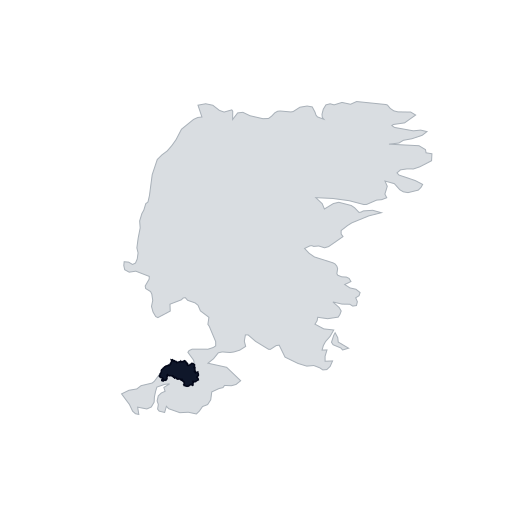 location of Lifford-Stranorlar Lea-6, Donegal, Ireland, rotated 202°
{"feature_id": "5873133B69749427395931", "entity_name": "Lifford-Stranorlar Lea-6", "entity_type": "district", "adm_level": 2, "iso_a3": "IRL", "parent_name": "Ireland", "parent_adm1": "Donegal", "projection": "mercator", "projection_center": [-7.813, 54.836], "detail": "fine", "context": "in_parent", "style": "filled", "palette": "ink", "viewbox_px": 512, "rotation_deg": 202, "n_neighbors": 0, "source": "geoboundaries", "source_scale": "gbopen_adm2", "svg_char_len": 8469}
<svg xmlns="http://www.w3.org/2000/svg" viewBox="0 0 512 512"><g transform="rotate(202 256 256)"><path d="M314.0,92.7L304.7,99.3L303.3,101.8L300.7,111.8L300.4,114.7L294.6,125.8L291.3,128.0L286.4,129.8L283.6,131.6L280.1,130.7L275.7,130.8L273.5,132.8L273.6,134.3L274.9,136.1L283.1,141.2L282.6,143.3L280.3,145.7L265.6,151.6L261.3,155.2L259.7,157.6L261.3,161.5L273.0,173.3L275.0,174.6L276.7,181.5L287.0,184.3L291.3,188.6L294.9,189.7L302.8,189.3L306.0,190.9L307.8,189.7L308.8,187.4L317.7,179.1L314.9,172.8L323.9,162.1L326.3,162.3L330.5,165.5L334.0,170.1L335.1,176.1L338.3,181.6L340.4,183.5L346.1,184.5L347.5,186.7L346.4,194.5L347.3,197.1L361.8,196.9L367.5,193.5L372.6,194.1L375.0,197.6L376.1,201.3L371.8,202.6L367.3,201.9L365.1,204.3L365.0,208.8L366.5,214.7L369.5,218.9L371.9,228.2L373.9,238.6L377.0,244.9L377.7,252.6L377.2,256.4L377.8,263.2L376.4,265.6L377.4,272.0L382.7,292.5L383.7,308.5L381.1,314.5L377.7,320.1L375.4,326.8L373.7,334.0L372.6,345.6L365.1,359.2L361.9,362.6L358.2,364.6L366.3,374.1L359.7,378.3L352.5,379.6L344.5,377.3L339.5,377.5L333.2,382.4L331.8,381.5L328.8,373.8L326.6,381.8L322.0,384.3L314.1,383.8L301.0,385.9L295.9,388.2L293.8,391.7L292.2,395.8L290.2,398.3L287.9,399.5L277.7,402.6L275.7,403.8L271.0,410.4L264.8,414.2L259.7,415.3L255.2,411.5L253.3,409.2L251.2,408.0L244.3,408.2L246.5,409.4L247.9,412.1L248.6,417.3L247.8,422.3L244.3,424.9L240.2,425.4L233.8,430.6L225.2,432.1L220.6,436.9L192.3,445.1L190.7,445.2L186.8,443.1L182.6,442.2L178.4,442.8L166.5,447.4L160.8,446.5L168.1,435.1L177.9,429.4L178.9,427.8L175.7,427.1L157.0,431.0L150.5,434.4L144.1,435.4L147.1,430.2L155.4,423.1L162.7,418.5L165.8,414.3L174.6,409.5L146.2,419.3L138.7,418.1L137.0,415.4L131.2,416.7L128.9,410.1L137.6,400.0L142.6,395.7L148.5,393.4L154.3,390.0L156.4,385.9L153.7,384.6L136.5,385.6L128.3,384.8L128.7,381.5L130.2,377.9L138.8,371.7L143.4,370.7L147.5,371.3L154.8,374.9L164.5,373.8L160.4,369.8L159.7,361.7L156.6,359.0L160.6,355.3L165.1,353.0L172.7,345.3L175.3,344.1L190.3,342.2L206.4,338.1L222.4,332.5L214.2,329.3L210.2,325.2L203.9,333.6L199.4,336.8L186.6,338.5L182.5,337.6L176.8,335.0L175.1,336.0L173.4,338.0L164.9,342.1L156.0,343.1L166.4,335.5L179.5,322.7L182.5,318.6L186.6,311.5L185.3,308.3L182.6,306.6L192.2,291.9L195.5,289.3L201.6,288.8L206.1,286.5L208.1,286.5L209.8,285.6L213.8,281.2L207.7,278.4L201.5,277.0L182.1,278.5L179.6,278.2L177.2,276.8L175.6,274.9L174.4,269.9L173.0,268.8L168.7,268.8L164.4,270.3L161.3,270.1L158.4,267.9L163.1,262.8L157.0,261.6L150.9,262.6L145.8,261.1L145.6,257.8L147.9,254.6L144.9,251.6L144.3,247.7L147.5,245.8L151.0,246.4L158.3,243.6L167.5,242.2L159.6,239.4L156.4,236.9L156.3,233.2L156.9,230.1L166.1,224.7L175.8,222.3L175.1,218.8L175.8,214.9L165.9,213.8L156.2,216.5L157.2,209.2L159.5,202.6L160.0,198.2L159.5,193.5L155.0,195.5L154.4,188.9L152.5,184.3L145.7,187.4L145.9,181.4L147.8,177.2L151.4,175.4L154.9,176.2L161.4,176.1L167.7,172.9L176.8,172.1L191.2,173.1L201.1,182.0L203.7,180.5L207.7,174.8L209.5,174.2L224.5,176.7L233.8,179.9L236.3,178.9L234.9,172.6L231.7,168.3L235.8,162.6L240.6,158.7L243.9,156.8L251.4,154.4L254.7,152.1L256.9,144.8L260.4,138.6L241.5,141.8L223.5,134.6L226.4,129.4L230.2,126.5L236.7,124.2L237.3,121.6L240.6,119.3L246.1,113.4L244.1,105.7L245.2,100.1L249.2,96.4L250.4,91.1L252.1,87.2L260.2,85.8L267.9,82.2L279.8,81.7L282.8,83.1L282.1,76.7L287.7,75.9L289.9,77.2L290.9,81.7L293.4,84.6L294.2,89.7L292.5,93.5L289.6,96.5L292.2,99.6L288.2,105.1L292.6,102.8L298.8,97.3L298.4,92.9L297.4,87.3L295.7,82.3L296.5,76.8L299.9,73.3L309.1,71.5L305.3,65.2L308.7,64.6L312.3,65.9L317.7,70.9L329.0,77.8L323.5,83.9L316.7,88.1L314.0,92.7ZM154.2,211.6L153.9,214.5L149.6,210.9L147.5,207.0L135.6,205.2L140.5,201.3L142.9,202.5L151.3,202.6L153.7,204.3L154.2,211.6Z" fill="#d9dde1" stroke="#a8b0b8" stroke-width="1"/><path d="M293.4,106.8L293.3,107.4L293.3,107.7L293.0,108.0L292.8,107.9L292.8,108.0L292.6,108.5L292.7,108.8L292.6,109.0L293.1,109.6L293.1,110.0L293.2,111.4L293.2,111.7L293.7,111.8L293.8,112.0L293.8,112.6L293.7,112.8L293.4,112.5L293.1,112.5L292.9,112.6L292.6,112.6L291.7,112.4L291.4,112.5L291.0,112.8L290.5,113.1L290.2,113.2L289.8,113.1L289.6,113.3L289.2,113.3L289.0,113.5L288.8,113.5L288.5,113.9L288.0,113.8L287.9,113.1L287.7,113.1L287.0,112.7L286.7,112.9L286.3,113.1L286.0,112.7L285.7,113.2L285.2,113.3L285.2,112.9L285.2,112.7L284.4,113.3L284.2,113.2L283.5,112.5L282.8,112.5L282.7,112.4L282.5,112.5L282.3,112.8L282.2,112.7L281.8,112.8L281.8,113.0L281.6,113.1L280.9,113.2L280.7,113.4L279.9,113.5L279.5,113.2L279.1,113.5L278.9,113.6L278.8,113.8L278.3,114.0L278.1,113.7L277.9,113.6L277.8,113.4L277.9,113.2L278.1,112.9L277.5,112.9L277.3,112.7L277.1,112.7L276.9,112.6L276.6,112.5L276.3,112.6L276.2,112.4L275.8,112.3L275.6,112.1L275.4,112.1L275.3,111.7L275.1,111.6L274.7,110.9L274.7,110.6L274.8,110.5L274.8,110.3L274.7,110.1L274.4,110.1L274.3,109.9L274.3,109.5L274.2,109.3L274.3,108.8L274.5,108.7L274.1,108.9L274.2,109.0L273.9,109.0L273.7,109.2L273.6,109.4L273.2,109.4L273.2,109.2L272.8,109.2L272.4,109.2L272.2,109.1L271.7,109.3L271.3,109.3L271.1,109.3L270.6,109.7L270.5,109.8L270.4,109.9L270.0,110.0L269.8,110.1L269.7,110.3L269.5,110.5L269.5,110.8L269.5,111.0L269.4,111.1L269.2,111.3L269.1,111.5L269.0,111.9L268.9,112.0L268.4,112.2L268.2,112.2L267.1,112.5L266.2,112.3L266.1,112.5L266.1,112.8L266.3,112.9L266.3,113.0L266.5,113.0L266.8,113.2L266.8,113.3L266.7,113.2L266.7,113.4L266.8,113.3L266.9,113.5L267.0,113.7L267.2,113.8L267.0,114.1L266.8,114.2L266.9,114.6L266.9,114.8L266.8,115.0L267.0,115.1L267.0,115.3L267.7,115.9L267.8,116.1L266.8,116.5L266.1,116.3L266.0,116.2L265.8,116.3L265.7,116.3L265.4,116.1L265.5,116.2L265.4,116.4L265.3,116.6L265.2,116.7L265.0,116.9L265.1,117.0L265.0,117.3L264.8,117.6L264.6,117.8L264.4,117.9L264.4,118.0L264.2,118.4L264.0,118.5L263.9,118.6L263.6,119.0L263.1,119.5L263.3,119.7L263.3,119.9L263.6,120.1L263.7,120.5L264.0,120.7L264.0,120.8L264.3,120.9L264.7,121.1L265.0,121.2L265.3,121.3L265.2,121.7L265.4,122.2L265.3,122.3L265.3,122.5L265.1,122.8L265.0,123.0L264.8,123.1L264.7,123.3L264.7,123.5L264.8,123.5L264.9,123.9L264.9,124.3L265.0,124.5L265.2,124.9L265.4,125.1L265.5,125.3L265.9,125.8L266.3,125.8L266.5,126.3L266.6,126.6L267.1,126.1L267.6,125.7L268.0,125.4L268.0,125.2L268.3,124.9L268.6,125.2L269.3,125.4L269.3,125.5L268.7,125.9L268.8,126.0L269.0,126.3L269.5,126.3L269.3,126.5L269.6,126.8L269.8,127.2L270.5,128.5L270.6,128.8L270.8,128.6L270.9,128.8L271.7,129.4L271.8,129.6L271.7,129.7L271.5,129.9L271.5,130.2L271.4,130.2L271.7,130.5L271.9,131.1L272.0,131.3L272.1,131.7L272.3,132.2L272.6,132.2L272.9,132.3L273.4,132.6L273.6,132.5L273.6,132.3L273.8,132.3L274.0,132.4L274.4,132.6L274.5,132.5L274.5,132.4L275.1,132.3L275.3,132.4L276.7,129.9L276.9,129.8L277.1,129.7L277.6,129.3L277.6,129.1L277.8,129.0L278.3,129.1L278.5,129.0L278.9,129.2L279.0,129.4L279.0,129.7L279.1,129.8L279.2,130.0L279.3,130.1L279.2,130.2L279.5,130.4L279.5,130.6L279.7,130.8L279.8,130.7L279.9,130.8L280.2,130.6L280.4,130.7L280.6,130.7L280.7,130.8L281.1,130.9L281.2,131.0L281.2,131.3L281.3,131.4L281.2,131.5L281.5,131.8L281.7,131.7L282.1,131.9L282.3,132.0L282.6,131.9L282.5,132.1L282.9,132.2L283.1,132.2L283.3,132.0L283.3,131.7L283.5,131.4L283.7,131.2L283.7,130.9L284.2,130.8L285.1,130.0L285.7,130.1L286.0,130.2L285.9,130.0L286.5,129.6L287.1,129.5L287.2,129.3L287.5,129.0L289.5,127.4L290.5,128.1L290.6,128.3L291.0,128.2L291.3,128.2L291.6,128.0L292.3,128.2L292.4,127.6L292.9,127.5L293.0,127.6L292.9,128.3L293.4,128.2L293.7,128.2L293.9,128.1L294.1,128.1L294.3,128.2L294.4,128.4L294.6,128.6L295.0,128.3L295.0,128.2L295.3,127.9L295.5,127.9L295.4,127.8L295.2,127.4L294.7,127.0L294.7,126.8L294.8,126.4L294.8,126.0L294.7,125.9L294.8,125.7L294.7,125.3L294.7,125.1L294.9,124.8L294.9,124.7L295.0,124.6L294.9,124.4L295.0,124.3L294.9,124.1L294.9,123.9L294.8,123.7L294.7,123.7L294.8,123.2L295.1,122.9L295.1,122.7L295.2,122.4L295.5,122.3L295.9,122.2L295.8,121.7L296.5,121.7L297.4,120.7L297.8,120.6L298.4,120.1L298.6,119.7L298.6,119.3L299.2,119.0L299.3,118.8L299.3,118.5L299.8,117.4L299.8,117.1L300.1,117.0L300.1,116.7L300.1,116.4L300.4,116.0L300.8,115.4L300.9,114.8L300.9,114.4L300.7,113.8L300.3,113.0L300.3,112.5L300.3,112.1L300.7,111.2L300.6,110.3L300.5,109.2L300.6,108.8L300.7,108.6L300.5,108.2L300.3,108.1L300.1,108.0L299.9,108.0L299.7,107.9L299.2,107.9L298.6,107.8L298.4,107.6L297.6,107.8L297.2,108.0L296.6,107.7L296.4,107.7L296.0,107.3L296.7,106.5L296.8,106.2L297.0,105.8L296.7,105.2L295.8,105.3L295.4,105.2L295.2,105.3L295.2,105.5L295.1,105.8L294.8,106.0L294.5,106.3L294.4,106.5L293.4,106.8Z" fill="#0f172a" stroke="#020617" stroke-width="1.5"/></g></svg>